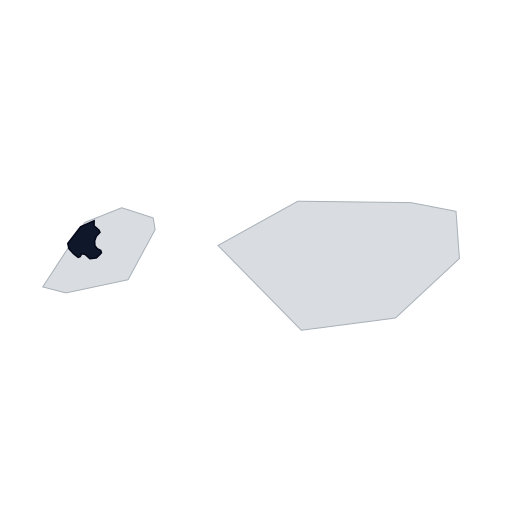 where Żebbuġ sits in Malta, rotated 316°
{"feature_id": "MLT-5977", "entity_name": "Żebbuġ", "entity_type": "state/province", "adm_level": 1, "iso_a3": "MLT", "parent_name": "Malta", "parent_adm1": "", "projection": "mercator", "projection_center": [14.249, 36.061], "detail": "fine", "context": "in_parent", "style": "filled", "palette": "ink", "viewbox_px": 512, "rotation_deg": 316, "n_neighbors": 0, "source": "natural_earth", "source_scale": "10m", "svg_char_len": 700}
<svg xmlns="http://www.w3.org/2000/svg" viewBox="0 0 512 512"><g transform="rotate(316 256 256)"><path d="M430.9,362.8L400.6,399.1L313.3,397.5L237.0,340.9L236.0,222.0L324.1,245.6L404.5,325.2L430.9,362.8ZM201.8,166.9L147.5,184.2L93.6,150.5L81.1,130.1L156.2,112.9L192.9,128.0L208.5,157.2L201.8,166.9Z" fill="#d9dde1" stroke="#a8b0b8" stroke-width="1"/><path d="M129.3,116.2L150.2,113.1L164.1,118.2L160.4,121.9L160.8,124.8L161.0,128.5L160.2,130.6L154.8,130.9L150.5,133.0L147.3,136.7L146.9,140.4L148.2,144.2L147.1,146.3L144.7,146.5L139.8,146.5L134.6,142.6L134.2,136.2L132.1,133.3L129.1,134.3L127.1,133.5L126.3,127.7L126.5,120.8L129.3,116.2Z" fill="#0f172a" stroke="#020617" stroke-width="1.5"/></g></svg>